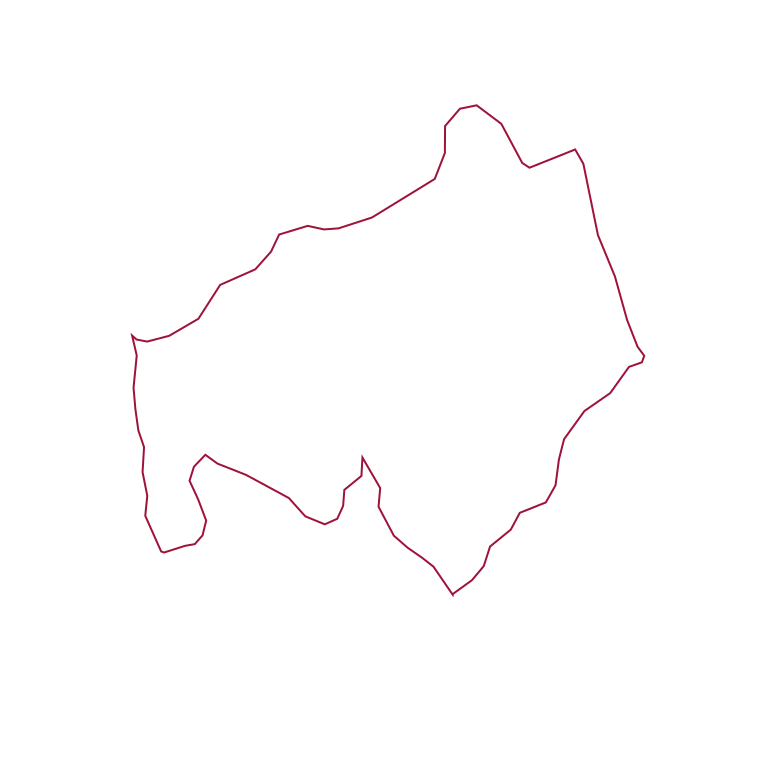 Hällefors, Orebro, Sweden, rotated 66°
{"feature_id": "70781695B86731793095106", "entity_name": "Hällefors", "entity_type": "district", "adm_level": 2, "iso_a3": "SWE", "parent_name": "Sweden", "parent_adm1": "Orebro", "projection": "natural_earth1", "projection_center": [14.675, 59.769], "detail": "fine", "context": "isolated", "style": "outline", "palette": "rose", "viewbox_px": 768, "rotation_deg": 66, "n_neighbors": 0, "source": "geoboundaries", "source_scale": "gbopen_adm2", "svg_char_len": 1137}
<svg xmlns="http://www.w3.org/2000/svg" viewBox="0 0 768 768"><g transform="rotate(66 384 384)"><path d="M247.5,114.0L245.6,163.1L238.3,167.8L194.1,171.0L167.1,186.0L163.4,202.7L173.2,223.3L197.7,234.4L217.3,254.2L227.0,327.3L223.3,362.3L218.4,375.9L208.5,389.4L204.8,419.0L217.1,433.3L226.9,454.9L226.8,493.3L248.9,527.0L252.1,556.2L252.6,560.6L248.9,583.1L242.7,592.0L237.3,594.4L257.4,598.3L285.5,614.3L305.4,621.2L326.5,627.3L344.1,628.9L366.3,640.4L389.8,645.7L407.3,655.7L446.3,655.7L448.5,653.4L450.9,631.7L453.3,622.0L448.5,611.4L436.5,602.0L413.9,600.7L393.3,601.0L382.3,591.3L376.0,576.0L389.0,568.5L410.8,547.1L429.6,532.6L449.5,517.3L472.9,509.7L488.1,495.2L488.1,481.5L478.7,470.9L464.6,463.3L458.8,442.0L442.4,433.6L477.5,429.8L493.9,438.9L526.6,436.7L543.0,429.1L558.2,419.9L571.0,413.1L604.6,406.9L603.8,406.3L599.0,383.5L593.0,371.1L590.8,366.8L575.6,353.2L568.6,327.4L556.9,312.3L558.0,284.3L546.3,268.5L524.1,254.9L507.7,242.0L490.2,211.9L484.3,181.0L468.0,153.2L469.1,139.6L464.1,134.8L453.0,137.2L424.5,135.9L379.8,129.3L335.0,128.0L263.9,112.3L247.5,114.0Z" fill="none" stroke="#9f1239" stroke-width="2"/></g></svg>